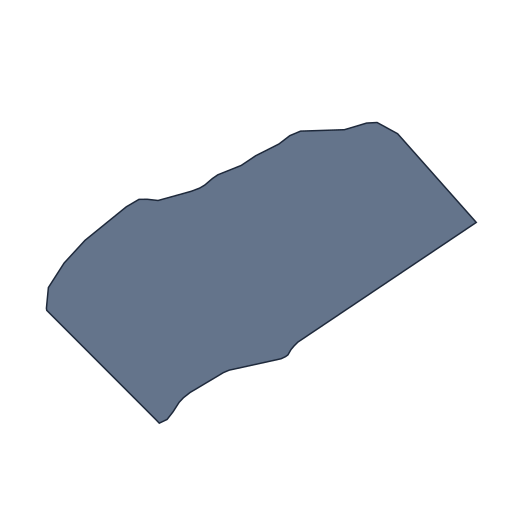 outline of Balaka, rotated 225°
{"feature_id": "MWI-1915", "entity_name": "Balaka", "entity_type": "District", "adm_level": 1, "iso_a3": "MWI", "parent_name": "Malawi", "parent_adm1": "", "projection": "natural_earth1", "projection_center": [35.116, -15.04], "detail": "fine", "context": "isolated", "style": "filled", "palette": "slate", "viewbox_px": 512, "rotation_deg": 225, "n_neighbors": 0, "source": "natural_earth", "source_scale": "10m", "svg_char_len": 655}
<svg xmlns="http://www.w3.org/2000/svg" viewBox="0 0 512 512"><g transform="rotate(225 256 256)"><path d="M308.2,380.7L282.8,407.8L271.8,428.2L264.8,436.0L242.3,442.6L124.0,435.5L165.5,224.8L165.5,219.2L165.1,214.6L163.5,208.6L164.0,205.6L165.6,201.1L194.2,156.4L196.6,150.5L206.1,112.9L207.1,104.5L206.9,98.2L204.5,87.2L203.3,77.6L206.2,69.4L211.7,69.5L365.5,69.6L367.2,70.8L380.5,86.9L386.7,115.3L388.0,146.2L382.5,199.1L378.8,213.3L372.9,219.3L364.5,226.0L347.5,256.1L343.9,264.1L342.4,269.9L341.6,280.0L340.4,286.5L330.5,309.6L327.1,326.8L319.0,351.4L317.2,365.0L312.8,375.8L308.2,380.7Z" fill="#64748b" stroke="#1e293b" stroke-width="1.5"/></g></svg>